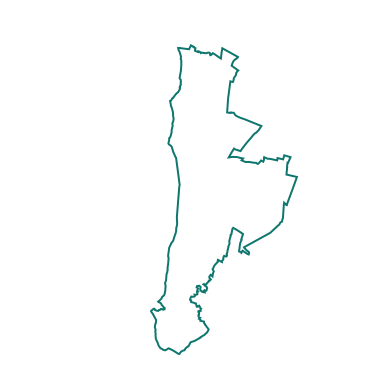 Todiresti, Iasi, Romania (Equal Earth projection), rotated 236°
{"feature_id": "2599482B85852318725472", "entity_name": "Todiresti", "entity_type": "district", "adm_level": 2, "iso_a3": "ROU", "parent_name": "Romania", "parent_adm1": "Iasi", "projection": "equal_earth", "projection_center": [26.831, 47.342], "detail": "fine", "context": "isolated", "style": "outline", "palette": "teal", "viewbox_px": 384, "rotation_deg": 236, "n_neighbors": 0, "source": "geoboundaries", "source_scale": "gbopen_adm2", "svg_char_len": 6010}
<svg xmlns="http://www.w3.org/2000/svg" viewBox="0 0 384 384"><g transform="rotate(236 192 192)"><path d="M145.8,287.4L153.6,280.1L156.2,282.1L157.2,283.1L159.6,284.8L159.6,285.0L160.1,285.2L162.8,287.5L162.4,287.8L165.8,293.2L170.8,289.0L168.1,285.8L172.3,281.9L170.6,280.3L176.0,275.1L177.2,273.4L177.6,273.1L180.5,271.3L179.7,270.4L178.5,269.8L177.3,268.0L179.5,266.9L178.8,264.7L178.5,263.3L178.5,262.2L179.2,261.8L180.3,261.5L182.1,259.1L183.0,258.3L185.2,255.9L187.0,253.1L190.5,250.8L191.2,253.1L192.9,251.4L195.2,249.4L196.2,248.4L198.6,244.9L200.1,241.8L202.3,246.2L204.5,251.1L203.8,251.3L203.0,251.8L198.8,255.1L200.1,258.4L201.1,261.4L202.3,265.2L204.1,271.9L204.9,274.4L205.4,276.5L205.3,278.3L205.4,279.0L206.1,282.1L207.9,286.4L222.3,276.7L227.2,273.1L230.2,271.3L231.7,270.9L234.4,270.9L235.7,269.0L236.0,269.0L236.4,268.4L236.5,267.9L236.3,267.7L238.3,265.6L249.2,274.1L262.3,285.7L260.3,287.3L260.4,287.6L261.0,288.5L262.8,290.2L263.3,290.9L263.9,292.8L264.7,294.2L265.9,295.1L266.1,295.6L266.7,297.0L266.9,298.3L274.5,295.5L275.6,296.8L277.0,299.0L277.5,300.2L277.8,302.0L277.7,303.3L277.9,304.1L277.7,304.6L278.1,305.0L278.3,305.6L294.2,297.5L290.8,294.3L286.5,290.6L287.8,290.0L293.6,287.8L295.5,286.8L295.4,285.9L294.9,285.0L295.0,284.5L295.2,283.7L296.3,284.0L296.8,284.4L297.7,284.4L298.7,283.0L298.9,281.9L299.3,281.0L300.2,280.3L300.7,279.3L301.7,278.6L302.1,278.0L302.2,276.9L303.7,276.9L305.1,276.0L304.6,275.4L306.3,274.1L307.5,273.4L309.3,275.3L311.0,274.3L311.3,274.7L314.2,273.0L313.6,272.2L312.0,269.4L316.0,264.8L317.7,262.9L318.1,262.6L319.1,261.0L316.7,260.2L315.2,260.1L310.4,258.6L308.5,257.0L307.6,256.9L306.3,256.3L304.9,255.2L303.2,254.1L298.5,250.4L296.0,247.9L293.2,245.3L292.6,245.3L291.3,245.4L289.6,244.4L288.9,243.6L287.6,243.1L287.2,242.8L286.9,242.0L286.7,241.6L285.9,241.1L285.7,240.9L285.9,240.7L285.7,240.4L285.3,240.1L284.4,239.8L283.9,239.2L283.7,238.5L283.3,238.0L282.4,235.9L282.5,234.8L281.7,231.9L280.5,228.7L280.7,228.4L280.7,228.1L279.6,225.9L279.5,225.3L279.8,224.9L279.7,224.6L278.9,224.5L277.7,223.8L276.7,223.5L275.4,222.8L272.7,222.2L268.3,220.6L265.7,218.9L263.3,217.9L261.0,215.9L260.1,214.3L257.6,212.9L254.7,209.7L252.9,208.5L250.7,206.0L249.5,204.4L249.5,203.6L249.1,202.9L248.5,202.7L247.5,201.8L245.7,199.8L245.0,199.5L244.1,199.6L242.3,200.3L240.9,200.5L235.1,198.7L233.9,198.6L231.1,198.0L229.2,197.9L204.9,185.8L203.5,184.4L179.5,165.3L173.6,161.7L170.6,158.5L168.5,157.1L167.7,156.1L166.9,155.3L165.0,152.7L162.1,149.1L161.2,146.4L158.6,142.0L154.7,138.5L152.2,136.3L150.5,135.8L145.7,132.0L144.7,131.0L142.1,128.8L141.1,128.4L140.2,127.3L139.3,126.7L138.8,125.8L138.2,125.0L133.3,121.1L131.4,118.6L129.2,117.8L125.3,114.8L123.0,112.5L122.2,111.5L121.9,110.7L121.8,108.8L120.8,107.2L120.2,104.5L120.1,103.0L120.0,102.6L119.0,103.0L117.9,103.7L117.2,103.9L116.6,104.0L115.4,103.7L111.7,104.2L110.9,104.4L110.3,103.8L111.0,103.4L111.1,103.1L111.0,102.8L110.5,102.5L110.5,102.3L112.4,101.0L112.2,99.3L112.6,98.6L112.3,97.6L113.2,96.5L114.7,95.4L116.2,95.6L116.6,94.8L116.3,91.6L115.8,91.4L114.5,91.2L113.3,91.4L105.9,90.7L103.6,88.8L103.3,88.0L100.7,85.6L98.0,84.7L97.7,84.5L97.4,84.0L96.9,83.6L94.9,82.6L93.2,81.4L90.6,80.0L88.8,79.6L86.6,79.3L83.3,78.4L82.2,78.5L80.5,78.4L79.8,78.7L78.4,79.6L77.8,79.6L77.4,79.8L75.8,81.1L75.5,83.4L75.5,85.1L75.4,85.3L71.0,87.8L65.9,90.0L64.9,90.6L64.9,91.3L65.6,93.0L65.7,95.4L65.0,97.3L65.9,99.0L66.3,101.8L66.1,102.0L66.0,102.5L66.8,104.3L67.6,105.6L68.2,106.9L67.5,109.4L67.2,110.2L66.8,113.3L66.9,114.5L66.6,115.6L66.8,116.6L66.6,117.0L66.5,117.5L66.9,118.0L66.7,118.7L66.8,120.2L66.5,122.4L66.8,123.3L67.1,125.7L67.6,127.0L68.8,129.0L70.7,128.9L72.3,128.7L73.2,128.9L74.6,128.6L74.9,128.9L76.5,128.7L77.8,129.5L80.6,126.9L81.3,127.6L82.9,126.9L83.2,128.3L83.9,127.7L85.2,127.8L85.8,128.5L86.5,128.6L86.7,129.0L86.5,129.3L88.4,130.8L89.0,130.2L89.5,130.5L89.6,130.8L89.4,131.3L88.6,132.7L90.0,133.5L90.3,133.8L90.3,134.1L90.8,133.9L91.6,134.3L92.7,134.2L93.7,134.4L94.0,133.6L93.6,132.9L94.0,132.0L94.2,131.8L97.4,132.9L97.8,132.4L98.2,132.3L98.4,132.0L99.4,131.4L101.1,129.8L101.5,129.7L101.6,130.0L102.6,130.7L103.5,130.1L104.3,130.6L104.8,131.3L105.7,133.0L104.9,133.8L104.1,135.0L104.0,135.9L104.2,136.3L105.4,136.7L105.2,136.9L104.2,138.8L104.2,139.1L104.4,139.5L106.2,140.1L106.1,141.4L107.3,141.1L108.6,143.0L109.6,142.9L110.3,142.5L111.2,143.6L110.1,145.7L108.3,146.0L106.9,144.5L106.0,144.1L105.2,144.3L104.6,144.2L103.5,144.7L101.8,146.3L103.4,146.5L103.3,147.0L103.5,147.2L103.5,147.5L102.6,147.5L102.2,148.5L102.2,148.8L103.8,150.8L105.2,151.1L105.8,150.8L106.8,150.4L108.6,150.1L109.0,149.9L109.0,150.0L109.0,150.5L108.5,150.6L107.7,151.2L107.5,152.0L107.5,152.3L108.1,153.4L108.0,154.0L108.3,154.6L108.5,156.1L109.1,156.4L108.6,157.3L109.0,158.7L111.1,158.4L112.2,159.1L112.8,160.9L112.9,161.3L110.6,161.8L112.9,164.0L114.1,165.7L116.4,165.9L116.6,166.0L116.9,167.0L118.0,168.4L119.0,170.9L119.1,172.0L119.5,173.4L119.6,174.3L120.7,174.9L121.1,175.3L121.3,175.6L119.1,176.6L117.2,177.7L117.9,178.2L118.3,178.8L118.4,180.0L118.8,180.5L119.6,180.8L121.0,182.5L121.1,182.9L120.9,183.1L119.5,184.0L119.5,184.8L119.6,185.4L120.6,185.9L121.2,185.9L121.8,187.1L124.0,189.1L124.5,189.9L125.1,190.3L125.8,191.3L126.0,191.3L126.4,191.5L127.7,193.6L128.6,194.5L130.3,195.3L133.3,198.6L133.3,198.8L133.5,199.1L134.7,199.8L134.9,200.1L134.7,200.5L134.7,200.8L138.7,204.7L138.9,205.6L139.2,206.1L135.4,208.0L128.8,210.8L128.5,210.4L128.2,210.4L126.7,208.2L125.6,207.0L125.1,206.7L125.2,206.4L125.1,206.2L124.1,205.8L123.8,204.9L122.1,202.8L116.4,197.8L115.0,198.7L113.9,198.9L115.1,201.0L114.2,201.5L112.0,202.3L109.3,203.5L108.5,204.1L110.1,205.6L110.9,205.5L112.6,204.7L113.3,204.7L116.3,204.1L117.1,204.2L114.4,234.2L116.0,244.0L116.2,246.3L117.0,247.5L117.2,248.0L117.3,249.1L117.1,250.2L117.3,250.4L118.3,251.1L119.5,252.8L130.2,261.1L130.4,261.4L131.6,262.4L129.8,262.8L128.8,262.8L128.1,263.3L129.0,264.3L140.9,280.8L145.8,287.4Z" fill="none" stroke="#0f766e" stroke-width="2"/></g></svg>